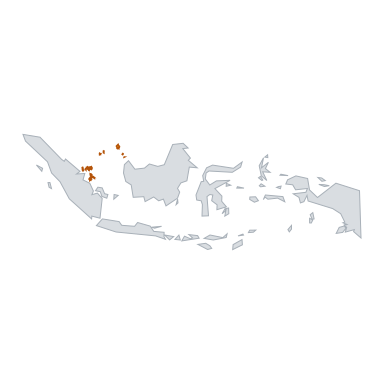 location of Kepulauan Riau within Indonesia
{"feature_id": "IDN-1796", "entity_name": "Kepulauan Riau", "entity_type": "Province", "adm_level": 1, "iso_a3": "IDN", "parent_name": "Indonesia", "parent_adm1": "", "projection": "albers", "projection_center": [105.285, 2.055], "detail": "medium", "context": "in_parent", "style": "filled", "palette": "amber", "viewbox_px": 384, "rotation_deg": 0, "n_neighbors": 0, "source": "natural_earth", "source_scale": "10m", "svg_char_len": 5481}
<svg xmlns="http://www.w3.org/2000/svg" viewBox="0 0 384 384"><path d="M128.5,160.7L134.9,169.2L144.5,168.1L149.4,164.0L157.8,166.4L164.3,164.7L172.7,144.5L183.1,143.3L188.1,148.0L182.8,148.6L190.4,158.1L188.3,160.3L197.2,167.8L189.3,167.1L186.9,180.8L180.9,182.9L177.5,188.4L179.7,192.1L177.5,198.2L166.0,205.9L163.4,199.1L158.7,200.8L153.7,197.0L145.1,201.6L143.8,196.7L133.2,197.3L131.2,184.9L125.8,181.5L123.5,173.0L124.4,164.6L128.5,160.7ZM23.0,134.4L40.0,137.2L61.7,159.5L64.3,161.3L65.5,159.0L80.0,171.4L76.5,174.0L84.8,173.5L83.0,179.9L89.8,183.3L93.4,191.0L91.9,194.7L97.4,193.1L102.2,198.4L100.0,218.2L91.8,216.1L91.6,218.9L69.3,198.8L60.0,181.7L51.6,173.0L47.5,161.8L25.5,141.1L23.0,134.4ZM359.5,190.7L361.0,238.0L353.6,231.6L354.3,229.6L345.3,232.1L346.7,227.4L344.1,225.0L344.9,224.6L346.4,224.8L347.2,224.5L342.9,222.8L344.8,222.1L340.7,213.7L332.7,208.6L308.1,201.0L307.0,195.4L303.9,201.7L300.4,202.9L299.0,197.4L293.2,193.8L305.9,192.3L307.4,188.5L295.6,189.8L292.7,184.8L285.8,184.0L287.6,179.8L295.9,175.9L307.6,178.5L309.5,189.9L317.5,197.5L335.9,183.2L359.5,190.7ZM240.6,167.1L232.3,172.3L209.0,171.0L206.1,173.0L205.3,179.0L209.8,185.0L216.4,180.9L230.1,180.3L214.9,188.6L221.9,196.1L221.7,201.3L226.4,206.8L216.9,209.7L217.1,204.8L211.7,200.7L212.8,195.0L209.8,194.5L207.0,196.6L208.5,215.8L202.0,216.1L202.4,204.6L201.2,200.8L196.7,200.0L196.0,195.0L201.2,181.7L203.7,181.3L202.7,175.6L206.6,167.8L212.6,165.1L233.5,168.3L242.1,162.0L240.6,167.1ZM102.4,218.9L119.1,221.6L121.7,225.3L134.6,226.3L137.6,222.5L150.2,226.1L153.8,231.4L164.1,232.3L164.0,236.7L165.5,239.3L155.6,235.9L116.1,232.0L96.4,225.6L102.4,218.9ZM261.5,167.8L268.4,162.3L265.4,168.6L270.1,172.3L262.7,171.8L266.8,180.5L261.3,175.8L259.2,165.7L263.5,157.8L261.5,167.8ZM265.4,195.0L282.9,196.6L284.8,201.8L277.6,198.1L267.9,199.2L265.0,197.1L263.3,199.6L265.4,195.0ZM226.2,237.5L213.3,240.0L204.1,238.4L210.0,235.0L222.8,237.6L227.1,233.8L226.2,237.5ZM188.9,234.6L197.6,235.6L199.1,238.2L181.8,240.9L184.5,236.2L190.5,238.8L192.5,237.8L188.9,234.6ZM242.0,239.6L242.4,244.8L232.7,249.6L233.1,244.6L242.0,239.6ZM102.2,187.9L104.6,193.7L107.9,194.5L106.8,198.2L101.9,196.4L100.3,191.7L95.5,190.7L97.9,187.2L102.2,187.9ZM342.7,232.4L336.2,233.4L339.2,227.4L344.3,226.0L345.9,228.2L342.7,232.4ZM205.7,243.3L209.8,245.7L211.7,248.4L207.6,249.5L197.9,244.4L205.7,243.3ZM255.6,196.8L258.4,200.7L254.4,202.2L249.7,199.4L249.9,197.0L255.6,196.8ZM164.6,235.0L173.7,236.6L169.6,239.9L164.6,235.0ZM178.9,235.1L180.3,240.0L174.9,239.4L178.9,235.1ZM118.2,195.4L113.8,199.2L114.1,194.5L118.2,195.4ZM312.8,212.6L314.1,218.9L312.1,219.2L310.2,214.7L312.8,212.6ZM161.6,226.3L154.6,228.2L151.6,227.2L161.6,226.3ZM228.6,208.0L228.8,213.7L224.8,216.1L226.2,208.5L228.6,208.0ZM36.4,165.0L42.6,168.3L41.8,171.3L36.4,165.0ZM51.5,188.6L49.1,187.3L48.0,182.6L49.9,182.5L51.5,188.6ZM289.3,231.9L287.9,229.6L291.5,225.4L291.5,229.1L289.3,231.9ZM280.9,174.2L288.1,175.6L280.0,175.2L280.9,174.2ZM237.4,186.7L244.0,188.1L236.8,188.1L237.4,186.7ZM225.6,210.8L222.1,213.7L225.1,208.5L225.6,210.8ZM317.9,177.5L321.7,178.0L325.3,180.6L321.9,181.3L317.9,177.5ZM255.8,230.1L253.4,232.2L248.4,232.6L249.7,230.2L255.8,230.1ZM312.8,220.0L311.3,223.0L309.6,222.9L309.6,218.3L312.8,220.0ZM264.9,186.2L260.6,186.8L259.3,185.8L261.1,183.8L264.9,186.2ZM318.8,184.4L324.1,184.7L329.3,185.7L324.4,186.5L318.8,184.4ZM226.3,183.3L230.7,185.2L226.2,186.3L226.3,183.3ZM267.8,157.6L264.8,157.1L267.6,154.8L267.8,157.6ZM238.0,235.9L242.9,234.1L243.5,235.1L238.0,235.9ZM281.1,186.1L280.4,188.7L276.6,187.4L278.5,186.6L281.1,186.1ZM178.0,202.9L176.1,204.7L177.6,199.1L178.0,202.9ZM260.4,176.4L262.8,180.0L261.9,180.5L258.5,177.8L260.4,176.4Z" fill="#d9dde1" stroke="#a8b0b8" stroke-width="1"/><path d="M119.4,147.1L118.8,148.5L117.8,148.8L117.2,148.5L117.9,147.7L118.5,148.2L118.4,147.7L116.9,147.3L116.4,146.1L118.1,144.4L118.4,145.3L119.4,146.3L119.4,146.7L119.1,147.0L119.4,147.1ZM92.0,167.6L92.0,168.8L91.3,169.6L90.7,169.3L90.5,168.9L90.3,168.6L90.7,168.1L90.4,167.9L89.2,168.3L88.9,167.6L90.1,166.8L90.9,167.0L91.4,166.7L91.5,167.2L92.0,167.6ZM93.4,176.7L94.6,177.7L93.9,177.8L94.0,178.1L92.6,177.2L91.1,177.7L90.4,177.1L90.9,176.5L91.0,175.7L91.3,175.4L92.1,176.1L92.0,176.3L92.3,176.4L92.8,177.0L93.1,177.1L93.4,176.7ZM90.6,178.1L91.6,179.1L91.1,179.5L90.9,180.2L90.2,179.9L89.8,180.5L89.6,179.6L89.0,179.1L89.2,178.6L89.6,178.2L89.7,178.8L89.7,178.5L90.0,178.6L90.6,178.1ZM88.2,167.1L87.8,168.4L86.8,168.2L86.5,167.8L86.5,167.6L86.8,167.7L86.8,167.3L87.1,167.3L87.4,166.9L87.8,167.3L87.8,166.9L88.2,167.1ZM82.8,169.2L83.6,170.2L83.0,170.9L82.4,170.0L82.4,169.2L82.8,169.2ZM99.9,153.7L100.8,153.7L100.5,154.3L99.9,154.5L100.1,154.7L99.7,154.8L99.8,153.8L99.5,153.5L99.6,153.2L99.9,153.4L99.9,153.7ZM87.9,168.7L89.1,169.5L88.5,169.8L88.2,169.3L87.8,169.2L87.9,168.7ZM83.1,168.2L82.9,168.4L82.3,168.2L82.1,167.8L82.3,167.5L82.7,167.3L83.1,168.2ZM91.2,174.0L92.3,175.4L91.5,174.9L90.8,173.9L91.2,174.0ZM122.2,154.3L122.8,153.5L123.1,153.7L123.0,154.4L122.7,154.7L122.2,154.3ZM103.9,152.3L103.9,153.0L103.4,152.7L103.4,151.9L103.9,152.3ZM85.3,169.1L85.9,169.7L85.9,170.0L85.2,169.2L85.3,169.1ZM86.3,168.1L86.9,168.7L86.6,168.8L86.0,168.3L86.3,168.1ZM89.2,170.5L88.7,170.3L88.6,169.9L89.2,169.8L89.2,170.5ZM90.8,175.1L90.7,175.5L90.2,175.0L90.2,174.4L90.8,175.1ZM124.6,157.0L124.0,157.3L124.0,157.0L123.6,156.9L124.6,157.0ZM103.8,150.9L104.0,151.0L103.9,151.9L103.5,151.7L103.8,150.9Z" fill="#f59e0b" stroke="#b45309" stroke-width="1.5"/></svg>